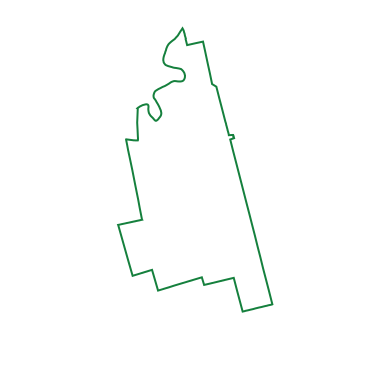 Cazanesti, Ialomita, Romania, rotated 144°
{"feature_id": "2599482B82912190403308", "entity_name": "Cazanesti", "entity_type": "district", "adm_level": 2, "iso_a3": "ROU", "parent_name": "Romania", "parent_adm1": "Ialomita", "projection": "mercator", "projection_center": [27.017, 44.648], "detail": "fine", "context": "isolated", "style": "outline", "palette": "green", "viewbox_px": 384, "rotation_deg": 144, "n_neighbors": 0, "source": "geoboundaries", "source_scale": "gbopen_adm2", "svg_char_len": 3425}
<svg xmlns="http://www.w3.org/2000/svg" viewBox="0 0 384 384"><g transform="rotate(144 192 192)"><path d="M221.3,65.5L219.5,64.7L218.5,64.4L216.3,63.4L213.8,62.4L211.5,61.4L209.0,60.5L208.3,60.2L207.3,59.8L205.8,59.2L203.4,58.1L202.6,57.8L200.6,57.0L199.2,56.4L198.1,55.9L196.9,55.5L195.4,54.8L193.5,54.0L193.0,53.9L191.9,56.7L187.7,67.2L183.5,77.9L179.4,88.4L175.1,98.9L171.0,109.3L166.8,119.6L162.7,130.0L158.6,140.3L154.6,150.5L146.4,171.2L139.4,188.9L134.8,200.6L130.2,212.0L126.3,210.8L125.6,212.6L125.9,212.7L125.2,214.0L125.3,214.1L126.0,214.5L126.9,215.1L127.7,215.6L128.8,216.3L128.4,217.0L128.1,217.8L127.9,218.2L127.4,219.6L127.2,220.1L127.0,220.7L126.8,221.3L126.5,221.8L126.3,222.4L126.1,222.9L125.9,223.5L125.6,224.2L125.2,225.2L125.0,225.9L124.7,226.5L124.4,227.1L124.2,227.6L123.7,229.2L120.3,237.8L117.9,243.9L114.5,252.6L110.4,262.9L112.3,267.5L107.6,277.9L103.8,286.6L98.1,299.4L94.7,307.2L102.2,310.5L109.6,313.7L108.1,317.4L107.6,318.7L107.4,319.2L107.3,319.3L107.2,319.5L106.9,319.6L106.8,320.0L106.7,320.1L106.3,321.2L106.1,321.8L105.8,322.7L105.5,323.3L105.2,323.9L105.0,324.3L104.4,326.2L104.0,327.0L103.9,327.5L103.7,328.3L103.6,328.8L103.6,329.2L103.5,330.0L105.6,329.2L107.1,328.7L109.5,327.7L109.8,327.6L111.2,327.0L112.3,326.7L114.1,326.4L115.6,326.0L116.5,325.9L117.3,325.9L118.7,325.9L120.7,325.8L121.8,325.7L123.3,325.5L124.2,325.3L125.9,324.6L127.0,324.0L128.6,323.0L129.6,322.1L131.3,321.0L132.2,320.2L133.4,319.5L135.3,318.1L136.6,316.9L137.8,315.5L138.1,314.7L138.6,313.8L138.8,313.0L138.8,312.0L138.8,310.9L138.6,310.1L137.9,308.9L137.2,307.8L136.4,306.8L135.4,305.5L134.9,304.9L134.2,303.9L133.5,303.1L132.8,302.4L132.2,301.9L129.9,299.5L128.6,297.9L128.3,296.7L128.1,295.1L128.2,293.4L128.3,292.7L128.5,292.1L128.8,291.4L129.0,290.9L129.1,290.5L129.3,290.2L129.5,290.0L129.7,289.7L130.1,289.3L130.2,289.1L130.4,288.9L131.4,288.1L132.2,287.7L133.3,287.3L133.9,287.3L134.5,287.4L135.0,287.5L135.4,287.7L136.0,288.0L136.7,288.4L138.6,289.9L139.4,290.7L139.8,291.1L141.0,292.1L141.6,292.4L143.2,292.9L144.0,293.1L145.2,293.2L146.8,293.2L149.1,293.4L151.7,293.7L154.1,294.3L156.4,294.6L158.6,295.0L161.4,295.2L162.5,295.2L163.6,294.8L164.3,294.4L164.8,294.0L165.4,293.6L166.3,292.8L167.1,291.6L167.5,290.7L167.6,289.8L167.5,289.2L167.5,288.3L167.6,287.0L167.7,286.3L167.8,285.6L167.9,284.4L168.0,283.1L168.2,281.6L168.4,280.3L168.7,279.0L169.3,276.3L169.8,275.2L170.1,274.5L170.5,273.8L170.9,273.3L171.3,272.9L171.9,272.4L172.3,272.2L173.2,271.7L174.7,271.3L175.5,271.1L176.3,270.8L177.4,270.6L178.2,270.6L178.8,270.6L179.3,270.8L179.6,271.1L179.8,271.5L180.0,272.7L180.1,274.0L180.2,275.2L180.4,276.2L180.6,277.4L180.7,278.5L180.6,279.8L180.4,281.3L179.6,283.1L178.6,284.8L177.8,285.7L177.1,286.5L176.8,287.0L176.4,287.8L176.4,288.2L176.4,288.6L176.7,289.1L177.1,289.6L178.1,290.2L179.1,290.6L180.9,291.3L182.7,291.6L183.8,291.8L185.0,291.8L186.1,291.9L187.1,291.8L186.9,291.3L195.6,280.3L199.3,274.6L203.0,269.0L204.0,267.4L205.1,265.9L205.5,265.6L207.4,267.0L208.6,267.9L214.3,273.3L214.5,273.2L216.8,268.2L219.2,263.2L219.7,262.0L220.4,260.5L221.3,258.4L227.5,244.6L233.4,231.9L235.6,227.1L237.4,223.2L240.0,217.5L243.6,210.0L248.7,199.0L248.7,198.9L271.1,208.8L271.2,208.4L283.6,174.8L289.3,159.1L270.1,152.5L277.4,132.2L265.6,128.1L261.3,126.7L234.2,117.2L236.8,109.7L231.9,107.6L217.1,101.5L208.7,98.0L213.8,85.0L221.3,65.5Z" fill="none" stroke="#15803d" stroke-width="2"/></g></svg>